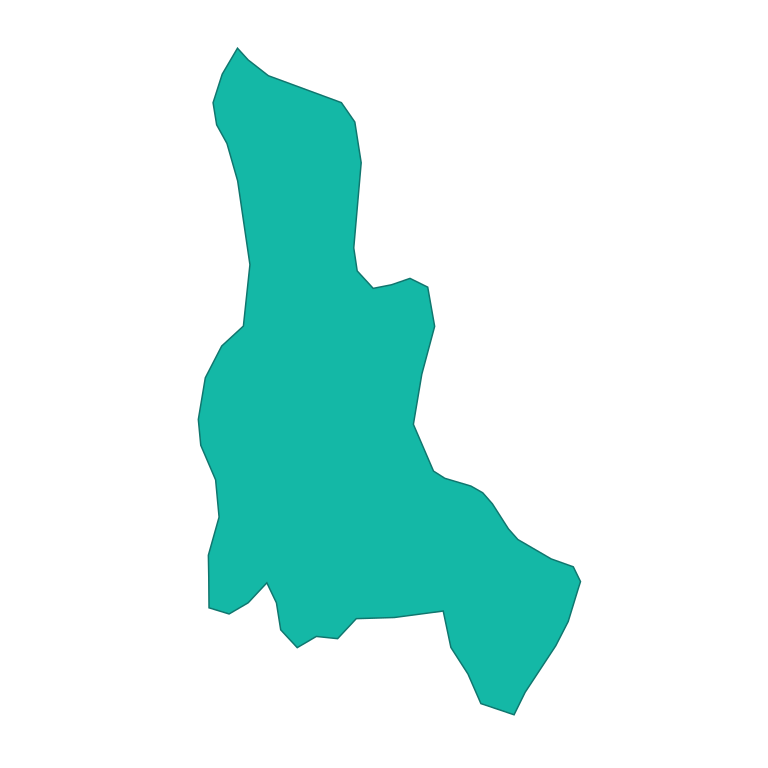 an SVG outline of Podujevo, rotated 17°
{"feature_id": "KOS-5901", "entity_name": "Podujevo", "entity_type": "District", "adm_level": 1, "iso_a3": "XKX", "parent_name": "Kosovo", "parent_adm1": "", "projection": "albers", "projection_center": [21.187, 42.93], "detail": "fine", "context": "isolated", "style": "filled", "palette": "teal", "viewbox_px": 768, "rotation_deg": 17, "n_neighbors": 0, "source": "natural_earth", "source_scale": "10m", "svg_char_len": 902}
<svg xmlns="http://www.w3.org/2000/svg" viewBox="0 0 768 768"><g transform="rotate(17 384 384)"><path d="M145.7,105.7L159.3,113.8L183.3,123.0L261.0,127.4L279.5,142.0L297.5,179.1L315.3,262.7L325.3,283.7L345.7,295.7L362.0,287.0L378.0,275.4L397.5,278.6L415.6,314.1L417.3,363.6L423.9,414.0L456.8,452.8L469.7,456.4L497.0,456.2L510.3,459.2L522.7,466.9L545.4,486.2L557.5,493.6L595.0,502.4L618.5,503.5L629.7,515.5L629.6,523.9L629.6,557.3L624.8,584.1L609.1,637.6L605.1,662.3L570.1,661.3L549.1,636.8L525.0,616.4L507.0,583.8L462.1,604.3L426.1,616.5L414.1,641.1L393.1,645.2L378.1,661.5L357.1,649.3L345.1,624.7L330.1,608.4L318.1,632.9L303.1,649.2L282.1,649.2L273.1,620.6L266.1,599.1L265.2,559.5L251.0,524.9L226.7,496.2L216.8,472.2L211.3,430.3L217.7,395.1L232.6,369.7L220.9,309.1L184.7,232.6L163.5,199.9L148.2,185.1L138.3,165.0L138.7,135.0L145.7,105.7Z" fill="#14b8a6" stroke="#0f766e" stroke-width="1.5"/></g></svg>